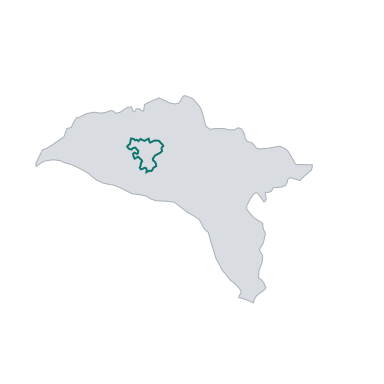 Sîngerei highlighted on a map of Moldova, rotated 326°
{"feature_id": "MDA-1622", "entity_name": "Sîngerei", "entity_type": "District", "adm_level": 1, "iso_a3": "MDA", "parent_name": "Moldova", "parent_adm1": "", "projection": "natural_earth1", "projection_center": [28.121, 47.671], "detail": "fine", "context": "in_parent", "style": "outline", "palette": "teal", "viewbox_px": 384, "rotation_deg": 326, "n_neighbors": 0, "source": "natural_earth", "source_scale": "10m", "svg_char_len": 2787}
<svg xmlns="http://www.w3.org/2000/svg" viewBox="0 0 384 384"><g transform="rotate(326 192 192)"><path d="M77.0,83.8L78.4,81.0L91.9,73.3L95.4,74.5L102.4,74.8L116.7,74.6L123.8,69.5L128.1,70.9L131.7,68.6L137.6,65.8L138.5,66.4L139.2,66.8L148.4,68.1L155.2,70.9L159.8,75.1L164.5,77.7L169.4,78.7L172.1,80.9L172.7,84.1L177.3,85.7L185.9,85.6L189.5,87.7L188.2,92.0L189.1,93.4L192.2,92.0L194.5,93.2L195.7,96.4L197.1,97.9L201.5,92.9L206.1,93.4L217.3,95.5L223.4,105.8L227.1,109.5L230.4,111.0L234.5,109.4L238.2,107.5L240.3,108.4L244.9,115.2L246.0,124.1L246.0,127.7L244.4,133.8L242.1,140.3L240.3,144.5L241.1,147.9L242.7,150.7L245.4,151.6L254.1,157.3L257.4,161.3L262.2,164.3L265.8,164.4L267.6,166.1L268.3,168.1L267.9,173.2L265.9,178.0L266.2,181.1L269.3,184.7L269.7,188.9L269.9,191.7L271.7,193.8L279.7,198.4L290.1,202.9L292.8,206.8L294.4,211.7L294.0,219.9L293.3,227.1L307.0,236.8L305.5,238.6L303.4,240.6L290.4,242.1L287.8,242.9L282.1,235.6L279.1,234.7L276.3,237.3L273.1,238.8L269.1,238.1L264.9,235.8L262.8,234.3L261.1,234.1L258.4,235.7L254.9,235.0L252.6,233.2L249.4,239.4L247.3,240.7L246.1,240.5L245.8,230.0L244.8,228.4L242.2,228.1L235.9,230.6L229.9,233.9L227.8,236.7L228.1,241.9L228.9,248.1L233.1,257.4L230.8,261.5L229.3,268.0L222.8,274.0L215.5,277.5L214.9,284.6L210.9,289.5L203.9,294.3L199.3,300.2L200.5,304.2L200.7,308.0L200.0,310.6L199.8,312.6L198.0,313.5L187.3,314.2L184.3,315.4L180.8,318.2L177.5,312.9L174.2,308.3L171.7,305.8L172.8,304.6L175.4,303.3L177.4,301.8L177.1,296.2L175.7,289.9L174.4,286.8L174.3,282.0L173.4,274.5L174.7,260.6L180.0,243.1L182.9,234.5L181.5,229.7L182.6,218.6L180.3,213.2L176.7,206.0L171.6,190.5L165.2,185.0L157.3,179.1L153.9,174.6L151.7,169.7L147.0,164.8L141.6,160.3L135.2,149.0L131.9,143.9L130.9,142.6L123.6,135.4L119.7,128.9L117.8,123.5L116.7,118.6L111.6,108.8L107.0,101.5L102.5,96.2L100.5,92.5L95.3,87.9L88.0,84.2L83.2,83.5L77.0,83.8Z" fill="#d9dde1" stroke="#a8b0b8" stroke-width="1"/><path d="M163.7,118.0L165.4,117.6L167.2,117.6L171.4,113.6L172.4,114.5L173.4,115.5L173.6,116.6L174.0,117.5L174.7,117.6L175.5,117.9L176.0,119.8L177.2,119.7L178.9,119.2L180.1,121.4L181.3,123.1L183.7,123.2L185.9,123.6L185.0,125.9L184.9,127.6L189.8,128.4L191.7,129.8L193.4,131.4L193.5,133.8L194.1,136.2L193.9,137.8L192.3,138.0L191.4,138.5L190.7,139.5L190.4,140.5L190.1,141.3L187.8,141.7L181.6,141.1L178.1,142.5L177.4,144.2L178.1,145.9L177.9,148.4L176.8,150.5L173.7,150.3L171.2,151.6L170.0,151.9L168.8,150.6L165.3,150.1L166.7,148.7L167.3,146.7L166.1,145.3L164.3,145.3L162.2,144.5L162.4,142.5L164.6,141.1L165.4,140.0L166.2,139.2L167.9,138.7L168.0,137.1L167.0,132.6L163.1,132.3L163.4,129.7L164.6,127.3L166.4,127.2L167.6,129.6L168.8,129.6L169.9,128.7L170.5,127.7L170.2,126.7L169.8,123.5L167.8,122.6L165.4,123.0L163.8,120.7L163.7,118.0Z" fill="none" stroke="#0f766e" stroke-width="2"/></g></svg>